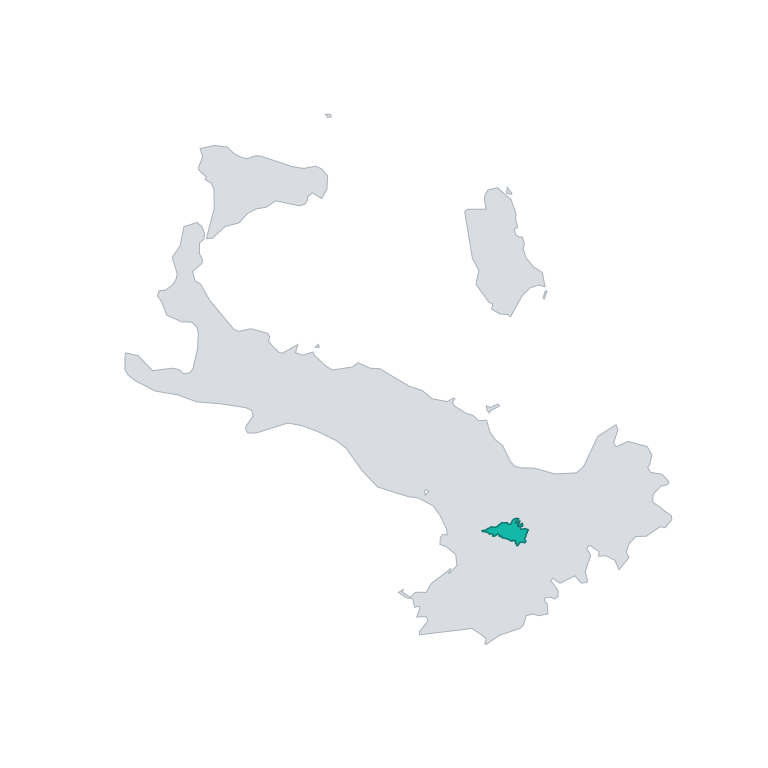 location of Mantova within Italy, rotated 163°
{"feature_id": "ITA-5446", "entity_name": "Mantova", "entity_type": "Province", "adm_level": 1, "iso_a3": "ITA", "parent_name": "Italy", "parent_adm1": "", "projection": "equal_earth", "projection_center": [10.802, 45.169], "detail": "fine", "context": "in_parent", "style": "filled", "palette": "teal", "viewbox_px": 768, "rotation_deg": 163, "n_neighbors": 0, "source": "natural_earth", "source_scale": "10m", "svg_char_len": 6253}
<svg xmlns="http://www.w3.org/2000/svg" viewBox="0 0 768 768"><g transform="rotate(163 384 384)"><path d="M157.2,164.4L161.5,166.8L177.9,161.7L187.8,164.6L196.1,159.8L201.5,152.3L200.4,146.6L213.5,137.6L214.8,147.9L222.0,154.9L229.1,156.6L227.4,160.8L234.3,169.4L237.1,168.6L238.1,167.0L236.4,159.8L246.4,145.8L246.9,136.1L248.6,135.1L253.5,135.8L257.5,144.8L273.9,142.0L279.5,148.8L282.0,147.5L277.8,135.7L279.8,129.7L284.1,128.7L287.1,131.5L293.4,132.3L293.8,128.8L292.2,126.4L294.4,116.2L303.7,117.1L309.3,120.8L315.8,120.7L321.4,112.5L325.7,110.5L346.8,110.0L362.3,105.1L363.6,106.2L360.9,110.0L361.8,112.6L371.2,124.5L423.4,133.8L422.7,136.8L411.6,144.2L410.8,147.1L412.6,149.7L421.0,151.5L415.3,158.6L415.4,161.3L419.9,161.6L419.4,170.3L425.0,172.9L431.2,180.5L425.0,181.9L427.5,179.9L421.2,172.4L414.7,175.6L404.3,172.4L397.4,179.3L373.5,188.1L377.7,184.1L375.9,184.1L367.2,189.3L365.3,199.9L372.1,210.4L377.4,214.1L375.1,220.5L371.9,223.0L367.7,221.2L366.5,227.0L368.9,242.3L372.7,253.1L384.7,265.2L393.5,269.0L420.4,287.5L430.5,308.2L439.3,334.3L446.5,344.1L461.4,358.1L475.0,368.4L487.5,374.8L520.2,374.5L528.5,376.8L529.6,381.2L528.1,384.2L518.6,391.6L518.2,397.5L522.9,401.6L545.4,412.6L568.5,421.8L584.2,433.8L604.4,443.9L620.4,459.3L626.2,467.5L627.5,473.8L624.0,484.8L622.1,489.3L610.9,483.0L601.4,464.3L581.8,461.0L576.0,457.8L572.6,452.2L566.4,451.6L562.2,454.6L552.0,472.1L546.6,487.2L546.4,493.4L549.7,499.3L559.3,502.6L571.7,513.5L572.4,526.9L574.8,534.5L571.8,538.9L565.6,537.7L557.4,540.5L551.8,545.4L549.5,550.1L549.4,567.0L538.5,575.9L529.4,592.9L515.5,593.1L512.0,587.8L511.7,580.0L514.0,575.2L519.1,572.9L522.4,562.9L521.1,555.7L523.0,552.5L534.2,547.7L534.5,537.7L530.1,533.1L526.2,515.0L511.6,480.1L507.0,476.7L494.9,475.7L480.5,466.5L479.5,462.7L481.8,459.0L480.1,454.0L475.4,445.2L472.3,443.2L454.8,446.9L459.6,439.9L453.3,435.3L442.3,435.3L442.4,432.2L434.4,418.1L429.1,412.4L409.0,409.5L402.5,412.0L392.6,403.1L383.5,399.8L360.5,374.4L349.4,366.8L342.4,355.8L328.4,348.6L322.1,350.4L320.5,348.9L323.9,346.8L323.2,342.6L313.8,331.7L308.3,328.2L304.4,321.2L296.5,319.5L296.8,307.0L293.8,298.1L288.6,290.6L285.7,272.7L283.3,267.6L277.7,263.8L264.9,259.6L247.1,248.1L226.0,242.7L217.3,246.7L194.8,271.4L174.0,277.2L173.6,272.0L181.7,260.5L180.2,256.2L167.3,257.6L150.6,247.2L148.5,238.0L153.4,229.3L156.3,227.3L154.9,221.5L144.7,216.6L140.7,208.9L140.5,206.3L143.1,204.9L149.2,205.4L158.7,200.0L161.6,192.6L147.8,174.0L148.4,170.2L157.2,164.4ZM376.4,270.1L377.1,265.4L372.8,268.3L374.0,270.5L376.4,270.1ZM511.3,574.9L495.0,601.7L489.7,619.8L490.5,626.7L495.4,631.8L493.1,633.7L498.4,642.4L498.4,644.7L491.0,654.4L491.0,662.9L476.7,661.7L465.0,656.7L459.2,647.0L454.5,642.8L449.6,639.6L439.5,639.8L435.0,637.8L408.2,618.7L397.7,613.6L385.8,612.3L380.9,608.1L377.0,599.7L381.7,586.8L389.4,579.6L396.6,587.8L402.7,585.0L403.0,582.4L407.3,579.2L412.8,579.1L433.9,590.8L444.9,587.5L454.9,588.8L464.1,587.2L475.9,580.4L489.7,581.2L505.5,573.6L511.3,574.9ZM259.8,431.6L266.9,452.3L260.1,464.9L262.7,478.6L256.4,525.3L253.2,526.7L235.3,521.3L233.8,532.0L231.4,536.4L227.8,539.2L218.1,538.5L208.6,523.1L208.0,507.9L210.0,503.5L210.3,494.8L214.0,494.2L214.4,488.4L212.3,485.2L208.6,484.1L208.7,477.5L211.4,472.4L211.5,463.6L206.7,452.3L200.0,444.1L201.6,429.9L207.3,433.5L216.0,433.3L226.3,427.9L243.3,411.3L245.5,414.3L252.6,417.0L259.2,424.2L256.6,428.8L259.8,431.6ZM291.6,325.4L293.1,328.6L292.6,333.1L289.2,330.5L280.8,331.5L279.9,329.3L290.1,327.3L291.6,325.4ZM211.1,530.7L208.6,536.1L206.0,529.0L206.4,528.0L211.1,530.7ZM206.7,419.7L202.9,425.5L200.9,425.3L205.7,418.6L206.7,419.7ZM361.2,659.0L356.5,657.7L356.3,655.0L360.0,655.5L361.2,659.0ZM439.0,439.3L435.1,441.0L435.2,438.1L439.0,439.3Z" fill="#d9dde1" stroke="#a8b0b8" stroke-width="1"/><path d="M294.8,207.5L295.3,207.3L295.7,206.8L295.8,206.1L295.7,205.4L295.3,204.9L293.3,204.6L291.8,204.6L291.0,204.2L290.5,203.7L288.9,202.9L288.8,201.8L289.3,201.9L289.7,201.8L290.5,201.2L290.3,200.6L290.4,200.0L290.7,199.7L291.2,199.9L291.8,199.5L291.9,199.2L292.2,198.0L293.5,196.0L293.9,195.7L294.3,195.6L294.6,195.4L294.8,194.8L294.8,194.4L294.8,193.9L294.7,193.5L294.6,193.1L294.3,192.7L294.3,192.2L294.5,191.8L294.9,191.4L295.3,191.1L295.7,191.0L296.3,191.2L298.0,192.4L298.6,192.6L300.8,192.6L301.3,192.3L302.6,190.7L303.6,190.4L304.2,190.5L304.3,191.5L304.2,192.6L304.3,193.0L304.8,193.3L304.8,193.7L304.4,194.1L304.4,195.3L304.0,195.8L304.9,196.0L305.3,195.9L305.5,195.9L305.7,196.0L305.9,196.3L306.0,196.5L306.2,196.9L306.3,197.0L306.6,197.2L306.8,197.1L307.0,197.0L307.1,196.8L307.3,196.6L307.4,196.4L307.6,196.4L307.9,196.5L308.3,196.7L309.6,197.8L309.7,198.1L310.0,198.6L310.1,198.8L314.0,201.5L315.3,202.0L315.6,202.2L315.9,202.4L316.2,202.7L316.3,202.9L316.4,203.1L316.3,203.4L316.2,203.7L316.1,203.8L316.1,204.0L316.2,204.3L316.4,204.5L316.7,204.5L317.2,204.5L317.7,204.4L317.9,204.4L318.1,204.5L318.3,204.8L318.4,205.0L318.2,205.5L318.1,205.9L318.1,206.1L318.3,206.4L318.8,207.0L319.0,207.1L319.3,207.3L319.5,207.3L319.8,207.3L320.1,207.1L320.3,206.9L320.6,206.7L321.7,206.6L322.0,206.5L322.2,206.4L322.4,206.2L322.7,206.2L323.1,206.3L324.4,206.6L324.6,207.0L324.0,207.5L323.9,207.6L323.8,207.9L324.0,209.1L324.7,209.4L327.1,209.4L327.1,210.7L328.4,211.8L331.8,213.8L332.5,213.9L333.0,214.2L333.1,215.1L331.1,214.7L328.4,214.6L328.2,214.6L327.9,214.9L327.7,215.3L327.4,215.5L327.2,215.5L326.5,215.2L323.6,216.0L322.7,216.0L322.6,215.9L322.3,215.5L322.1,215.4L319.8,214.5L319.5,214.5L316.1,214.9L316.0,215.0L315.9,215.1L315.6,215.5L315.4,215.7L315.2,215.8L313.9,216.1L313.6,216.2L313.5,216.3L313.0,216.6L311.7,217.0L311.2,216.7L310.8,216.4L310.5,216.3L306.7,215.4L306.5,215.2L306.5,214.8L306.6,214.7L306.7,214.3L306.6,214.1L306.4,213.8L306.3,213.7L305.7,213.3L305.6,213.2L305.1,213.2L304.5,213.2L304.2,213.1L303.9,213.1L303.3,213.1L302.6,214.3L301.4,215.6L300.1,216.5L298.7,216.9L296.9,216.8L296.2,216.7L294.6,215.7L295.5,214.9L297.6,214.2L298.5,213.3L298.7,212.9L298.7,212.5L298.6,212.3L297.4,212.3L295.0,213.3L294.3,213.4L294.8,211.9L297.3,210.4L297.5,208.8L297.0,208.3L296.4,208.6L295.8,209.2L295.7,209.5L294.9,209.5L292.6,210.3L292.6,208.2L292.7,207.9L292.9,207.7L293.2,207.6L293.7,207.5L294.8,207.5Z" fill="#14b8a6" stroke="#0f766e" stroke-width="1.5"/></g></svg>